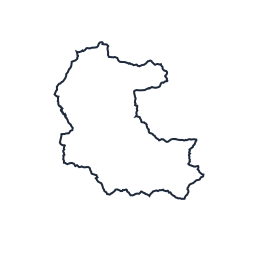 outline of Ba Che, Quảng Ninh, Vietnam, rotated 223°
{"feature_id": "81297802B18420716282175", "entity_name": "Ba Che", "entity_type": "district", "adm_level": 2, "iso_a3": "VNM", "parent_name": "Vietnam", "parent_adm1": "Quảng Ninh", "projection": "robinson", "projection_center": [107.168, 21.26], "detail": "fine", "context": "isolated", "style": "outline", "palette": "slate", "viewbox_px": 256, "rotation_deg": 223, "n_neighbors": 0, "source": "geoboundaries", "source_scale": "gbopen_adm2", "svg_char_len": 5816}
<svg xmlns="http://www.w3.org/2000/svg" viewBox="0 0 256 256"><g transform="rotate(223 128 128)"><path d="M167.9,70.9L167.6,71.0L167.1,70.6L166.3,70.4L165.1,70.5L163.7,71.1L162.6,72.1L162.3,72.1L162.3,71.8L161.2,69.5L160.7,69.0L160.0,68.8L159.9,67.1L159.0,66.4L158.1,66.2L157.7,65.8L156.2,65.0L156.2,64.9L156.5,63.9L156.4,63.5L155.6,63.1L153.9,60.8L153.0,60.7L152.4,60.3L151.2,58.9L150.3,59.6L148.9,59.8L147.8,60.1L147.0,61.5L146.7,62.4L145.2,64.2L144.4,64.4L143.2,65.0L142.0,64.7L140.8,64.2L140.4,64.3L140.3,65.1L139.8,66.1L137.1,66.0L135.9,67.5L135.7,68.3L134.2,68.8L133.0,69.5L131.7,71.1L130.3,72.4L128.8,72.6L128.4,72.5L126.6,71.3L124.9,70.8L123.8,69.9L122.9,70.0L120.7,71.1L120.0,71.3L119.0,72.0L118.2,71.6L116.6,71.0L117.3,69.5L117.3,69.3L116.6,69.3L115.3,68.8L113.2,68.4L109.7,69.4L108.6,68.8L107.9,68.7L107.3,68.2L106.8,68.0L105.5,67.1L103.4,66.5L102.8,66.0L102.3,65.8L100.9,65.9L99.9,66.2L98.2,65.4L96.9,66.4L96.0,66.8L95.9,67.1L95.7,67.9L95.7,68.9L95.4,69.3L95.1,70.3L94.8,73.3L95.1,74.3L94.8,74.8L94.0,75.7L93.4,76.0L91.3,76.8L90.5,76.8L90.2,77.0L89.3,77.9L89.5,79.2L88.8,79.6L88.1,80.3L87.5,81.7L86.3,81.8L85.7,81.2L85.1,81.0L83.3,81.3L81.1,80.7L80.2,80.6L78.5,82.1L78.3,82.8L77.8,83.6L77.7,84.8L77.3,85.1L76.7,86.2L75.0,87.5L74.9,88.5L75.1,90.3L75.0,90.6L74.4,90.9L72.5,91.1L71.5,91.8L70.6,91.6L70.2,91.7L69.2,92.3L66.7,93.0L66.0,92.9L66.5,95.1L66.3,97.5L66.5,98.5L64.7,101.6L64.3,101.9L63.2,102.2L62.5,104.0L61.0,105.5L60.3,106.8L59.3,106.6L57.7,107.5L57.3,107.6L56.8,108.1L56.4,109.0L56.0,109.3L55.5,109.3L54.1,108.6L53.6,109.0L53.1,109.8L52.3,109.7L51.2,109.2L49.9,109.4L48.6,109.4L47.8,109.9L46.2,109.7L45.4,109.9L44.8,110.3L43.2,110.8L42.3,111.9L40.4,112.8L38.4,114.8L38.4,115.1L39.0,115.9L39.3,116.7L39.5,118.4L39.2,119.7L39.7,120.7L40.1,122.2L40.6,122.8L41.6,123.6L42.7,123.7L43.5,124.7L43.5,125.7L44.0,126.9L44.3,128.5L44.2,129.1L43.9,129.8L43.8,130.3L43.3,131.1L42.7,132.5L42.4,136.3L40.6,138.8L40.5,139.4L41.0,141.3L41.0,141.8L40.1,143.4L40.2,144.1L41.1,145.4L42.5,144.6L45.8,144.5L47.2,145.3L48.8,145.2L49.0,145.3L49.2,146.5L49.6,147.2L50.7,148.0L51.2,147.5L52.7,145.4L53.7,144.6L54.4,144.5L55.2,144.0L56.2,143.8L56.8,143.3L57.8,142.9L59.4,142.9L59.5,144.3L59.9,145.7L60.6,145.9L61.0,146.8L61.2,147.0L62.7,147.7L63.7,149.2L64.4,149.4L65.0,149.7L65.4,150.6L65.2,151.6L66.6,151.8L67.2,152.9L67.2,153.6L67.4,153.8L67.9,153.9L68.4,154.2L68.1,155.8L67.8,156.9L67.9,157.4L67.6,158.3L68.3,159.5L68.1,161.4L68.5,162.0L68.8,163.1L69.2,163.8L69.6,165.7L70.2,166.1L72.3,164.6L74.1,162.4L74.9,162.2L75.7,161.4L76.8,159.1L77.7,158.6L78.4,157.1L79.8,156.6L80.4,156.0L81.0,155.6L81.8,154.6L84.5,152.9L85.6,152.6L85.9,151.9L86.5,151.7L87.5,150.7L88.7,149.1L89.4,145.3L90.1,144.3L91.1,144.0L94.5,143.8L94.8,143.3L95.7,142.9L96.8,140.2L98.1,140.4L100.6,139.9L102.5,140.2L103.0,140.5L104.6,140.1L105.7,140.4L107.1,140.0L108.9,139.1L109.6,139.2L110.2,139.6L110.9,139.9L111.3,140.4L111.4,140.8L111.7,141.1L112.2,141.0L114.2,141.3L115.0,141.9L115.9,142.3L116.5,143.2L118.4,143.4L119.1,143.0L120.0,143.1L120.6,142.5L121.7,141.8L122.2,141.6L124.3,142.9L125.2,143.1L126.8,143.9L127.7,143.6L128.0,143.2L129.4,142.8L129.9,142.3L130.2,141.8L130.3,142.5L130.7,143.5L131.1,144.0L132.1,144.6L132.5,145.1L133.0,146.3L133.1,147.2L134.7,148.0L135.1,149.0L136.3,150.5L136.7,150.5L137.8,149.6L138.4,149.5L139.2,151.1L139.8,151.1L140.5,151.5L141.9,153.5L142.4,154.7L142.8,155.0L144.2,155.6L145.6,156.7L146.4,157.1L148.1,158.5L148.6,159.3L148.5,159.9L147.7,161.5L145.4,163.3L143.4,165.2L142.5,166.3L141.8,166.9L140.0,171.4L139.5,171.2L139.3,171.4L138.5,174.3L138.1,174.5L137.2,174.8L135.2,176.3L134.4,177.3L133.2,179.6L133.2,180.4L134.1,182.5L134.3,183.2L134.3,183.8L133.9,184.7L132.9,185.3L132.7,187.1L132.3,187.8L131.4,188.8L131.4,189.3L131.7,189.6L132.4,189.7L133.3,190.7L134.2,190.9L135.9,191.1L136.3,191.3L136.3,193.3L136.6,194.2L137.2,195.2L138.1,195.7L139.1,195.6L140.4,194.8L142.6,194.8L143.2,195.0L144.4,196.2L146.4,196.4L147.4,197.1L148.4,195.8L149.6,195.3L150.2,194.8L151.5,192.6L155.3,192.6L156.3,192.9L157.2,192.8L157.9,192.2L158.5,190.8L158.9,190.5L159.0,189.3L158.9,187.8L159.3,185.4L160.7,183.5L161.7,181.0L162.3,180.8L163.2,180.1L164.5,180.3L165.0,180.2L166.7,177.8L168.4,177.5L169.8,176.6L170.9,176.6L171.3,175.5L172.6,175.4L174.0,174.5L174.8,174.4L178.6,171.2L179.6,170.8L181.3,170.9L183.5,171.9L185.9,171.0L186.2,170.8L186.9,169.6L187.3,169.4L190.4,167.0L192.2,167.7L192.9,168.2L193.9,169.6L196.6,171.6L197.7,172.7L198.4,174.5L200.0,174.4L200.5,174.6L203.8,172.0L204.2,172.8L204.5,173.0L205.1,173.2L205.6,173.0L206.7,171.6L206.9,171.1L206.8,169.7L205.8,167.3L206.0,165.6L208.2,163.0L208.8,162.6L210.0,160.7L210.4,159.9L211.5,159.3L212.7,158.2L212.8,157.8L212.6,156.0L213.1,153.9L213.2,153.7L214.2,153.7L214.4,152.1L215.6,150.0L216.6,149.1L217.6,148.8L215.9,147.9L214.8,146.8L213.7,146.7L213.5,146.2L213.3,145.0L212.6,144.5L212.3,143.7L212.5,141.7L214.3,138.1L212.2,135.3L211.5,134.0L211.0,132.0L211.2,131.4L211.2,130.8L210.0,127.6L210.0,125.5L209.7,125.0L208.9,124.2L207.9,121.9L207.4,118.5L207.4,117.3L207.9,116.3L207.8,114.4L208.6,113.3L208.2,109.7L205.9,107.5L206.0,106.4L204.6,102.5L201.9,102.5L200.3,103.5L199.6,102.1L198.1,100.7L197.7,99.7L196.9,99.6L196.1,98.9L195.6,98.2L194.2,97.4L193.5,97.5L193.2,97.2L192.9,97.2L192.5,97.3L192.1,97.8L191.3,97.5L190.7,97.7L190.0,97.5L189.4,97.5L189.5,97.0L189.0,96.4L189.4,96.3L189.6,96.0L189.4,95.4L188.8,94.9L187.3,95.2L186.6,94.4L186.3,94.5L186.2,94.8L185.8,94.8L185.4,94.6L185.0,94.1L184.7,94.1L184.2,94.3L183.8,95.2L183.3,94.8L182.8,94.9L182.7,94.1L182.4,93.8L182.2,93.8L181.6,94.2L181.0,93.2L180.3,93.2L179.9,93.4L179.6,93.1L178.2,92.9L175.2,91.3L171.9,91.4L171.2,90.8L168.5,90.4L167.3,88.5L168.2,86.6L167.8,84.8L167.7,84.2L167.8,83.6L169.3,82.1L170.4,80.3L172.5,78.1L172.5,77.9L171.5,77.1L167.9,70.9Z" fill="none" stroke="#1e293b" stroke-width="2"/></g></svg>